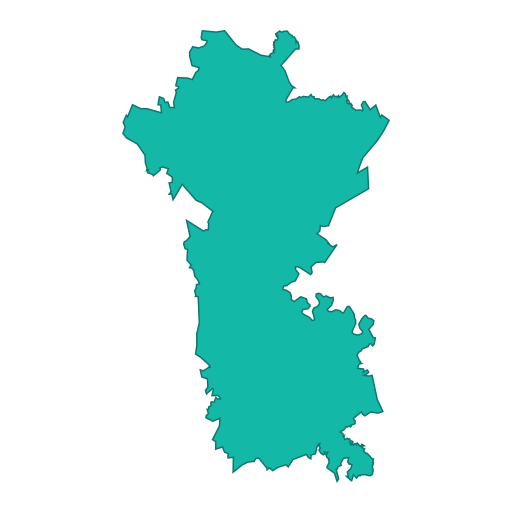 outline of Umzinyathi, KwaZulu-Natal, South Africa
{"feature_id": "47623444B41861303399053", "entity_name": "Umzinyathi", "entity_type": "district", "adm_level": 2, "iso_a3": "ZAF", "parent_name": "South Africa", "parent_adm1": "KwaZulu-Natal", "projection": "equal_earth", "projection_center": [30.717, -28.61], "detail": "fine", "context": "isolated", "style": "filled", "palette": "teal", "viewbox_px": 512, "rotation_deg": 0, "n_neighbors": 0, "source": "geoboundaries", "source_scale": "gbopen_adm2", "svg_char_len": 6028}
<svg xmlns="http://www.w3.org/2000/svg" viewBox="0 0 512 512"><path d="M126.3,115.3L123.2,122.4L125.2,127.0L122.9,133.4L126.5,137.9L137.2,143.9L145.0,155.2L145.4,162.7L147.1,168.4L146.5,170.7L148.3,169.9L147.5,172.7L152.6,174.4L153.4,175.8L160.5,169.8L159.8,168.0L162.5,166.9L168.4,168.7L166.8,173.4L172.3,177.1L172.3,182.4L169.1,182.9L171.1,191.6L169.2,194.2L171.7,194.0L173.1,199.8L182.2,184.3L196.2,200.4L201.8,202.7L212.8,211.2L207.9,222.1L208.6,223.6L208.3,229.8L205.4,229.9L203.5,231.1L186.6,220.4L190.1,236.5L186.4,240.7L184.2,241.9L183.7,244.1L185.1,248.7L187.6,249.5L187.0,260.0L191.0,265.0L189.5,267.7L192.0,268.2L193.8,270.7L194.7,276.0L197.6,279.6L199.5,283.8L196.5,284.6L196.1,288.2L194.6,290.8L195.9,295.2L195.4,296.4L198.2,296.6L199.3,322.9L196.7,334.0L196.9,344.7L195.6,354.1L200.5,357.2L209.5,365.3L210.4,367.8L209.2,366.0L208.8,367.3L203.6,370.8L200.3,369.9L201.8,377.0L207.4,378.8L207.9,387.2L205.5,390.3L206.5,393.9L212.6,388.4L213.5,389.2L211.9,395.6L218.2,395.5L220.4,398.7L217.7,399.1L215.9,397.5L214.1,402.1L211.2,401.9L210.8,403.7L211.3,405.6L208.8,406.8L208.6,409.3L207.1,409.3L208.4,413.6L206.2,415.8L205.9,417.7L212.7,421.2L220.0,418.3L219.4,426.1L212.5,439.6L215.7,441.6L215.7,449.2L222.5,446.9L224.6,452.2L227.8,453.4L228.4,454.6L227.9,455.4L227.9,457.9L233.4,457.3L233.1,472.2L242.2,464.9L248.1,462.0L254.2,461.4L255.8,458.4L258.8,458.1L266.8,468.0L267.1,469.8L269.5,467.8L272.7,470.7L278.0,467.3L286.1,464.7L288.2,466.9L292.9,459.5L306.4,454.4L308.4,457.6L310.9,458.8L311.0,455.1L315.3,453.8L316.6,449.4L316.4,448.1L318.3,444.4L319.8,443.7L319.1,446.0L320.3,448.0L319.0,450.0L320.6,452.9L323.1,454.8L324.5,454.3L324.4,451.9L326.0,452.7L327.7,452.3L327.1,453.9L325.9,454.4L326.8,457.3L329.0,458.9L328.4,459.8L329.3,462.0L327.0,467.0L327.2,468.0L334.3,473.0L337.1,481.3L338.7,478.8L336.1,469.3L337.4,469.0L337.8,466.8L341.2,465.4L340.7,463.1L343.5,458.3L348.7,457.6L347.7,461.9L349.1,464.1L348.7,464.8L349.1,464.1L349.2,463.6L351.9,464.8L350.8,468.7L347.3,472.0L348.3,476.3L346.5,476.3L350.9,480.4L351.7,480.7L353.4,474.7L356.5,478.2L358.8,475.1L359.9,475.9L361.1,474.9L364.9,474.6L370.1,475.8L372.3,474.4L373.2,470.4L372.2,465.6L373.1,464.7L373.4,462.7L372.8,462.2L373.5,459.0L372.1,458.8L368.6,454.8L366.8,453.2L365.9,453.5L364.2,451.4L363.6,450.4L364.7,448.8L362.2,447.6L361.7,446.3L364.2,445.8L361.9,444.3L360.3,446.4L357.3,443.1L356.6,444.7L355.9,443.6L354.3,443.9L353.6,445.2L352.9,444.3L350.9,445.0L350.0,442.8L351.5,443.8L352.8,442.4L352.8,441.5L350.4,440.7L349.6,438.9L348.3,439.3L347.5,438.3L344.8,439.5L343.8,437.3L344.4,435.4L343.2,435.7L342.9,433.8L340.1,431.9L344.0,429.7L346.4,426.6L347.1,427.1L349.3,426.1L350.4,426.9L351.2,426.1L350.9,425.4L355.0,423.7L355.2,420.9L353.8,419.7L353.5,418.4L361.3,411.9L362.8,414.4L364.9,415.8L370.6,412.0L378.0,413.1L382.9,411.5L377.3,399.7L372.1,375.4L369.1,376.1L363.9,375.4L367.7,373.3L368.7,372.0L367.2,370.0L363.4,372.0L363.9,371.2L363.6,369.0L357.7,368.3L358.3,365.4L359.6,364.0L361.7,363.4L360.2,362.4L360.4,361.4L359.5,360.9L357.0,355.1L358.6,352.4L361.1,350.8L362.1,349.0L368.1,346.5L369.4,344.0L370.6,343.6L372.7,345.9L374.1,344.3L375.4,337.9L373.1,337.5L368.8,329.2L373.3,324.3L373.8,320.7L371.3,318.8L368.0,318.1L366.1,315.5L365.0,315.4L361.9,318.7L358.8,324.2L359.8,328.1L362.5,331.2L362.2,333.5L358.0,335.1L354.1,334.3L352.4,332.8L352.2,331.3L355.7,323.4L355.6,320.3L354.5,317.7L354.1,314.0L349.9,307.2L348.9,306.4L347.2,306.7L343.7,312.6L342.7,313.0L339.4,310.5L335.8,309.8L331.8,311.7L328.5,311.4L327.1,309.6L331.6,305.1L333.3,300.2L333.1,297.4L330.1,297.9L326.2,295.9L323.4,296.9L320.6,293.8L318.5,293.3L316.2,294.1L316.0,296.7L318.6,300.2L319.5,302.4L319.3,303.9L317.5,306.5L314.0,307.9L313.0,309.6L312.5,311.7L314.6,318.7L314.1,320.1L312.2,320.5L309.7,317.6L302.6,313.7L301.8,312.3L302.7,309.5L307.8,308.8L310.1,306.3L309.9,304.9L307.4,302.7L306.4,298.8L300.8,296.8L294.1,301.6L291.2,299.5L291.3,296.1L290.2,292.8L286.3,290.2L283.2,289.7L283.0,287.8L284.1,285.8L286.8,285.7L290.7,282.5L295.4,280.8L298.9,273.8L295.6,269.6L295.3,267.0L297.7,266.7L300.3,267.9L310.7,274.6L312.1,272.5L311.1,266.9L315.9,262.5L322.9,261.9L324.7,262.5L337.0,244.6L332.8,246.9L328.1,243.7L328.9,243.4L326.2,240.0L316.9,233.7L319.8,231.0L320.4,225.6L323.7,226.5L328.5,225.7L335.6,207.8L368.6,188.7L367.5,167.1L357.5,173.1L359.5,166.2L362.9,157.6L377.6,140.2L383.9,130.4L389.1,120.3L381.7,115.0L380.2,117.3L375.8,105.0L370.2,109.8L365.0,101.5L363.4,101.7L361.4,105.0L363.0,109.5L362.5,110.8L360.3,109.9L355.8,110.3L351.3,106.9L352.2,105.6L350.9,103.6L350.0,104.0L349.2,102.1L348.8,103.8L346.8,102.8L346.7,100.9L348.1,101.0L348.3,100.0L347.2,99.3L347.1,97.9L346.4,97.3L347.1,96.1L345.9,96.2L345.4,93.7L343.9,92.5L342.3,94.8L339.5,97.1L338.5,95.6L337.6,97.3L336.9,96.4L334.6,96.5L333.4,94.8L331.4,97.8L330.8,96.3L329.4,96.8L325.1,100.8L323.1,99.8L321.1,100.2L319.0,98.8L315.0,98.8L314.2,98.3L314.1,96.8L312.2,96.6L311.1,94.5L308.3,97.1L303.2,96.4L300.7,97.6L299.6,96.7L296.0,99.1L292.2,99.5L288.3,102.2L286.3,102.1L285.7,100.3L292.9,87.9L294.8,87.8L291.6,85.7L289.0,81.7L285.1,71.0L281.0,65.5L295.7,48.8L298.9,49.1L299.1,46.5L298.1,42.4L297.0,41.2L296.1,42.6L295.8,39.3L294.1,36.9L292.6,36.9L292.2,35.7L289.2,33.8L287.4,31.2L283.7,31.3L281.9,32.3L279.6,31.0L275.6,34.0L276.1,35.2L277.0,35.2L276.6,36.6L277.8,36.6L278.0,38.2L276.7,40.3L275.3,39.8L274.4,42.4L273.8,42.2L273.8,43.9L274.4,44.5L273.5,45.2L274.5,46.3L273.8,47.3L274.6,47.9L274.6,50.0L273.7,49.6L273.1,51.2L274.2,52.4L270.7,53.8L269.4,55.4L270.3,56.8L260.6,55.1L248.6,48.9L242.3,49.2L236.1,45.1L224.6,30.7L216.4,32.1L202.3,30.8L201.2,37.6L202.0,39.7L206.9,40.8L207.1,42.0L204.4,45.9L198.7,48.0L192.8,46.7L189.5,52.2L189.9,57.0L192.0,65.5L199.2,67.7L198.1,70.8L195.9,72.3L192.2,79.7L187.9,78.1L177.7,77.6L175.8,85.6L178.6,86.7L178.6,88.2L175.5,90.0L176.3,92.5L173.6,102.3L174.4,107.5L169.8,107.5L167.9,102.0L164.9,102.5L163.7,98.5L159.4,96.8L158.0,104.8L160.7,104.9L161.5,112.8L146.6,108.6L140.7,108.7L132.5,104.7L127.6,116.9L126.3,115.3Z" fill="#14b8a6" stroke="#0f766e" stroke-width="1.5"/></svg>